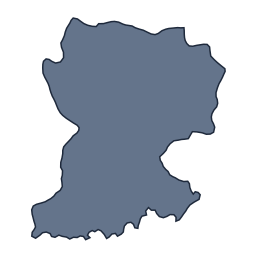 Pirajuba, Minas Gerais, Brazil (Albers equal-area conic projection), rotated 269°
{"feature_id": "56859067B45314161307428", "entity_name": "Pirajuba", "entity_type": "district", "adm_level": 2, "iso_a3": "BRA", "parent_name": "Brazil", "parent_adm1": "Minas Gerais", "projection": "albers", "projection_center": [-48.671, -19.943], "detail": "fine", "context": "isolated", "style": "filled", "palette": "slate", "viewbox_px": 256, "rotation_deg": 269, "n_neighbors": 0, "source": "geoboundaries", "source_scale": "gbopen_adm2", "svg_char_len": 2814}
<svg xmlns="http://www.w3.org/2000/svg" viewBox="0 0 256 256"><g transform="rotate(269 128 128)"><path d="M21.5,29.9L19.4,33.7L22.4,38.1L24.8,40.7L25.4,44.5L23.8,48.3L20.9,49.7L20.0,53.1L22.1,57.0L20.8,60.4L20.0,64.7L18.0,67.8L19.7,71.5L19.4,75.3L20.9,78.3L20.3,81.6L17.1,83.7L19.0,88.0L21.5,85.6L24.4,87.2L26.1,90.4L24.9,93.0L27.0,96.3L25.7,99.2L22.0,102.4L17.9,104.7L19.3,107.2L22.3,110.1L22.8,113.6L20.0,115.6L22.0,119.4L24.1,121.5L26.9,121.9L30.1,122.7L33.1,125.5L33.7,129.3L31.6,131.8L28.1,133.1L27.5,136.1L30.3,136.5L33.4,137.7L37.1,138.8L39.6,140.4L40.7,145.0L44.7,144.2L48.1,147.1L45.4,149.9L45.4,153.7L42.0,155.2L38.9,157.8L37.7,161.8L38.9,165.3L40.7,168.5L40.5,172.4L37.9,174.5L34.0,174.3L35.3,177.7L38.2,180.0L41.2,182.1L43.8,184.2L46.7,185.9L50.0,188.6L52.8,192.9L55.4,197.8L60.0,199.0L62.3,197.0L63.1,194.1L60.8,192.1L63.8,190.1L67.4,188.8L71.3,188.4L73.7,186.8L73.5,182.8L75.1,178.0L77.4,174.4L78.6,171.8L80.5,168.9L83.8,167.3L85.9,165.0L88.9,162.6L92.2,161.5L95.1,159.7L98.7,159.2L102.0,162.9L105.1,165.7L108.4,167.2L111.6,169.9L114.4,173.6L115.0,178.2L115.6,181.2L115.8,184.2L116.3,188.1L120.3,190.5L123.2,192.3L122.9,196.7L121.9,202.1L120.4,206.2L120.5,210.2L122.3,213.5L127.3,214.7L130.8,213.5L134.0,211.9L137.6,211.5L140.8,212.2L144.4,214.2L147.6,217.0L151.1,218.1L155.0,217.7L157.8,216.6L161.8,216.6L166.9,218.2L170.8,219.8L173.6,221.5L177.0,223.3L180.3,224.8L182.9,226.1L185.6,225.9L188.2,222.7L192.0,218.3L194.8,215.4L198.5,212.0L203.9,211.3L207.6,211.0L210.2,208.6L210.4,205.0L209.9,201.5L209.4,197.9L208.6,194.1L209.0,190.6L211.5,188.2L214.5,186.7L217.3,186.1L220.7,185.9L224.2,185.9L227.3,185.7L227.2,182.5L227.5,179.4L227.1,174.4L226.8,170.5L226.1,167.4L224.7,163.7L222.0,159.9L220.9,156.7L221.6,152.8L223.4,149.1L225.5,145.0L226.8,140.6L228.1,137.0L229.9,133.9L230.5,130.6L231.0,127.5L232.0,124.6L234.0,120.5L234.8,116.3L234.6,113.1L233.9,109.8L232.8,105.3L232.8,100.5L230.0,98.0L230.3,94.0L231.4,89.6L233.1,85.8L235.2,82.9L237.9,79.4L238.9,75.1L236.6,73.0L233.9,71.7L231.3,70.0L228.8,68.4L225.2,67.0L221.4,66.0L217.0,64.0L214.2,62.4L210.0,62.9L204.9,64.8L199.4,64.8L195.2,61.6L194.2,56.7L196.0,52.9L197.9,50.4L198.5,47.3L196.2,44.7L193.2,44.0L189.7,43.8L184.4,44.0L180.4,45.6L177.1,47.3L173.9,48.9L170.8,50.0L168.0,50.6L164.9,51.5L161.1,52.9L158.0,54.5L154.9,55.9L151.9,57.0L148.3,58.4L144.5,60.5L141.8,62.9L138.8,66.5L136.4,70.0L134.0,73.5L131.7,77.2L129.2,79.1L126.4,78.7L123.8,76.8L121.1,73.0L118.3,70.9L115.6,68.3L113.0,65.7L110.3,63.4L106.8,62.4L103.5,62.3L99.2,61.5L94.8,60.2L89.9,60.0L86.5,61.8L81.9,61.5L78.5,60.5L74.9,61.0L70.6,61.3L66.8,59.1L64.1,54.9L61.2,52.7L58.7,49.5L57.2,46.6L55.7,44.0L54.5,39.9L53.3,35.1L51.6,31.9L47.9,30.3L43.4,30.7L40.2,31.5L36.7,32.3L33.4,33.3L30.6,33.8L28.1,32.4L25.4,30.4L21.5,29.9Z" fill="#64748b" stroke="#1e293b" stroke-width="1.5"/></g></svg>